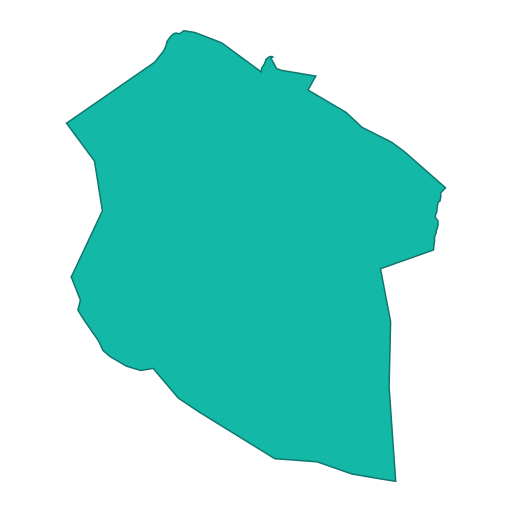 the district of Biger, Govi-Altay, Mongolia
{"feature_id": "93677404B62512479236782", "entity_name": "Biger", "entity_type": "district", "adm_level": 2, "iso_a3": "MNG", "parent_name": "Mongolia", "parent_adm1": "Govi-Altay", "projection": "mercator", "projection_center": [97.259, 45.717], "detail": "fine", "context": "isolated", "style": "filled", "palette": "teal", "viewbox_px": 512, "rotation_deg": 0, "n_neighbors": 0, "source": "geoboundaries", "source_scale": "gbopen_adm2", "svg_char_len": 1169}
<svg xmlns="http://www.w3.org/2000/svg" viewBox="0 0 512 512"><path d="M221.9,43.0L217.8,41.3L194.9,32.5L183.9,30.7L179.4,33.9L176.8,33.1L174.8,33.3L173.1,34.2L170.6,36.5L167.0,41.4L166.1,45.4L163.8,50.7L154.7,62.2L66.5,123.2L94.5,161.1L102.4,210.8L78.0,262.7L71.3,276.9L71.2,276.9L80.4,300.0L77.9,310.1L84.3,320.4L98.6,341.0L103.0,350.5L110.5,356.9L126.3,366.1L140.7,370.5L153.1,368.4L178.4,398.2L199.2,412.1L274.8,458.7L317.0,461.8L351.8,474.0L379.2,478.7L395.7,481.3L389.1,387.1L390.6,321.7L380.5,268.7L433.4,250.0L434.6,240.3L434.4,238.7L434.7,237.7L434.5,236.3L435.2,235.3L436.2,232.6L436.2,230.1L437.2,229.0L437.5,227.0L438.1,224.6L438.0,222.6L438.0,220.9L436.7,219.3L435.4,217.5L435.4,214.9L436.4,213.0L436.8,211.6L437.0,209.6L437.3,207.1L437.8,203.3L438.4,202.1L440.0,201.0L440.1,200.2L440.9,196.3L440.6,193.0L445.5,187.8L404.3,151.6L391.9,142.4L362.0,127.3L346.2,112.5L308.0,90.0L315.8,76.1L281.3,70.3L276.6,68.6L271.6,59.3L271.1,59.0L271.2,58.1L272.1,57.3L272.8,57.0L272.1,56.5L269.5,56.7L267.7,58.0L265.8,59.7L265.5,61.1L264.2,64.4L262.3,67.1L261.7,68.3L261.5,69.8L261.2,71.9L221.9,43.0L221.9,43.0Z" fill="#14b8a6" stroke="#0f766e" stroke-width="1.5"/></svg>